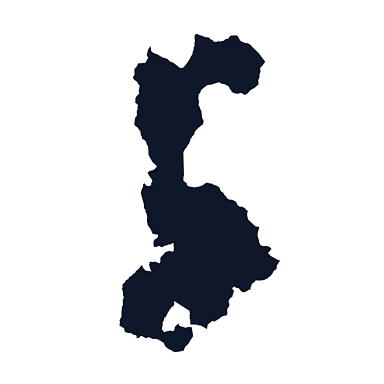 Bicaz-Chei, Neamt, Romania (Mercator projection), rotated 259°
{"feature_id": "2599482B72252558499545", "entity_name": "Bicaz-Chei", "entity_type": "district", "adm_level": 2, "iso_a3": "ROU", "parent_name": "Romania", "parent_adm1": "Neamt", "projection": "mercator", "projection_center": [25.891, 46.819], "detail": "fine", "context": "isolated", "style": "filled", "palette": "ink", "viewbox_px": 384, "rotation_deg": 259, "n_neighbors": 0, "source": "geoboundaries", "source_scale": "gbopen_adm2", "svg_char_len": 6017}
<svg xmlns="http://www.w3.org/2000/svg" viewBox="0 0 384 384"><g transform="rotate(259 192 192)"><path d="M306.1,287.8L315.7,283.0L322.9,277.9L323.8,277.6L325.7,276.0L326.9,274.3L327.2,272.7L329.4,269.2L330.9,267.6L336.0,265.9L336.9,263.9L336.8,262.7L337.4,260.2L336.3,258.5L334.8,257.2L334.9,254.4L333.7,252.0L333.5,248.9L334.3,246.2L333.7,244.8L334.7,241.7L336.9,240.3L338.1,238.3L339.1,238.2L340.0,237.1L340.5,235.0L341.6,232.6L342.7,231.7L343.2,230.2L345.5,226.7L345.4,225.8L344.1,224.9L340.0,224.5L336.5,223.3L335.1,223.5L333.4,222.0L331.2,221.5L328.5,219.9L326.4,219.2L324.7,217.3L323.1,216.3L318.6,211.9L315.5,208.1L314.9,206.9L315.1,204.2L315.6,203.3L321.8,197.9L323.8,194.7L326.8,192.7L329.2,188.1L333.2,183.7L334.3,181.5L336.3,179.2L338.6,177.7L339.9,178.4L341.4,178.3L340.2,177.4L338.9,177.5L338.7,177.3L339.6,176.7L335.0,174.5L331.9,175.5L327.3,171.5L326.8,170.7L326.8,169.9L327.2,169.1L327.3,166.5L327.8,164.3L325.2,162.3L323.7,160.1L322.9,159.5L317.4,158.7L315.8,156.7L315.1,156.7L313.7,157.3L310.7,160.1L308.3,160.5L307.3,161.5L306.5,161.8L301.0,159.7L298.4,160.0L296.0,156.2L294.0,154.8L292.4,154.8L291.0,154.1L288.2,156.3L286.3,156.0L285.4,155.3L284.6,155.8L281.4,153.9L277.0,153.2L275.2,151.0L269.5,149.0L268.1,149.6L266.0,151.7L263.0,152.8L262.4,153.7L257.6,153.4L255.9,154.1L254.0,154.0L252.4,156.1L250.4,157.3L247.6,157.4L245.0,158.4L236.5,157.2L229.1,159.7L227.9,160.9L226.3,161.6L224.8,163.4L222.4,162.5L222.1,161.4L221.7,161.0L221.0,160.4L220.2,161.0L219.7,160.2L220.0,159.2L220.6,158.9L220.3,157.9L219.5,157.1L219.9,156.8L220.2,155.8L219.0,155.5L219.9,154.2L219.1,153.0L217.0,153.5L211.2,156.1L209.7,155.7L208.1,154.3L204.8,153.8L205.6,152.7L204.0,152.1L205.2,151.3L205.6,149.0L206.9,147.5L208.6,146.8L208.5,146.2L206.1,145.6L203.1,143.4L200.5,142.3L188.9,143.2L185.3,142.5L184.4,143.8L182.4,143.3L178.9,144.1L176.1,144.0L172.0,143.0L168.1,143.0L163.6,145.0L158.9,146.1L158.9,147.0L157.8,148.7L157.7,149.5L158.5,151.3L157.5,150.9L155.3,151.3L152.5,149.2L152.3,147.7L151.5,146.3L149.4,145.2L146.3,144.8L145.9,145.3L145.5,147.1L146.5,147.4L146.5,148.2L145.8,150.5L145.2,150.7L144.3,152.1L145.2,154.8L145.4,156.1L145.2,156.9L145.6,158.2L145.9,161.5L145.6,161.4L146.3,162.9L146.5,165.2L143.0,164.4L140.8,164.5L139.6,163.9L137.9,163.9L136.8,162.8L136.2,161.4L137.7,158.4L137.5,155.3L136.6,153.6L135.6,152.7L133.3,149.2L129.1,148.3L127.6,147.2L126.8,147.1L130.1,142.1L129.7,140.2L130.7,138.6L130.6,137.6L129.4,137.8L129.0,136.8L123.8,137.2L122.1,138.0L120.8,137.3L123.2,130.7L126.7,128.8L128.6,128.4L125.1,124.2L124.6,124.2L124.5,123.9L125.0,123.3L124.7,122.7L123.0,121.1L122.5,121.3L122.3,119.2L120.6,117.1L119.8,114.5L118.1,113.6L118.0,112.7L117.1,111.1L117.3,110.8L115.5,109.3L114.1,106.8L110.6,106.2L110.0,105.4L108.6,106.0L103.6,105.4L101.5,105.9L98.6,104.1L94.4,103.5L91.5,101.7L89.4,101.5L88.5,100.8L82.4,99.7L81.4,98.5L79.3,97.1L77.7,97.3L75.1,96.2L73.1,98.1L72.9,98.9L70.8,100.7L70.3,100.6L70.1,100.1L69.8,100.5L68.2,100.0L67.2,101.2L66.1,103.8L66.4,105.3L64.2,107.0L62.8,109.9L63.1,110.9L59.7,110.7L59.8,112.1L61.2,113.9L61.2,115.3L58.0,119.1L58.5,120.4L58.4,122.4L55.8,126.0L55.7,128.7L55.0,129.4L54.7,130.8L53.4,131.9L53.7,132.3L50.8,134.8L51.1,135.7L46.1,137.0L44.2,138.3L42.1,140.6L41.3,142.2L40.1,142.9L38.8,144.9L38.5,150.5L39.1,152.2L38.5,152.9L41.8,155.2L44.3,159.0L47.9,162.1L50.1,164.5L52.0,165.0L58.9,165.1L59.5,161.8L59.1,160.5L59.3,159.4L62.0,154.3L63.4,153.0L64.3,153.0L62.4,150.1L59.6,149.0L57.9,146.9L57.9,146.3L59.3,144.8L59.3,140.2L58.6,137.0L60.7,136.7L62.2,135.5L64.0,135.6L67.3,137.2L69.9,137.5L70.5,137.7L71.2,138.9L74.9,140.5L74.9,141.6L75.8,142.6L78.5,144.5L83.7,149.6L84.2,151.4L84.8,152.1L86.2,152.6L88.1,152.5L88.9,153.4L89.2,153.9L89.0,154.2L76.1,167.7L75.2,167.5L74.1,167.9L74.0,167.5L73.0,167.7L71.3,166.8L70.2,167.0L68.7,166.3L67.0,166.7L62.9,165.9L61.6,171.6L60.2,174.2L59.9,175.6L55.9,180.2L59.4,181.5L62.4,187.2L62.5,188.0L61.7,188.6L61.4,189.4L63.2,194.4L64.7,196.9L65.2,200.4L65.0,201.8L65.7,202.7L70.9,203.4L71.1,204.0L72.1,204.5L73.0,206.0L73.6,206.2L75.0,206.5L77.1,206.1L78.5,206.6L81.1,208.6L82.2,211.1L85.2,212.4L86.5,213.4L87.8,213.1L89.2,211.9L90.8,213.0L91.5,214.2L91.8,215.9L92.3,216.4L90.5,217.1L88.9,220.3L85.6,222.0L84.6,223.4L84.5,224.8L85.0,226.7L86.1,229.3L85.9,230.2L87.2,230.4L88.5,231.5L90.9,232.5L92.5,236.0L94.0,237.4L92.9,241.6L92.6,245.8L93.7,249.8L94.5,250.7L95.0,252.2L96.9,254.6L99.7,256.7L100.7,259.6L104.3,260.7L107.7,264.1L108.5,262.6L113.8,256.4L118.2,253.7L118.8,254.7L119.2,256.3L120.2,256.5L121.0,258.2L122.0,257.7L123.6,255.8L124.3,253.3L124.5,251.0L126.0,248.9L126.9,248.3L130.0,247.5L131.3,247.8L136.1,247.2L139.7,248.0L144.4,250.4L145.9,246.2L147.2,246.4L148.0,244.8L148.5,245.0L155.0,240.4L155.5,241.1L157.7,240.8L161.1,241.4L162.5,242.3L163.4,241.3L165.8,240.1L167.6,237.4L166.9,235.7L168.5,235.1L169.5,233.7L173.5,232.7L175.9,229.8L177.0,226.2L177.8,225.3L180.2,223.9L180.9,223.9L182.3,222.7L185.0,221.8L186.6,219.8L190.5,219.1L192.4,217.6L193.9,215.2L193.9,214.0L195.1,213.6L196.2,212.0L195.9,210.7L197.2,209.6L197.5,208.5L197.3,206.8L195.7,204.0L195.6,202.1L195.2,201.5L195.3,196.3L195.1,195.9L196.9,190.7L197.9,188.9L199.4,187.6L200.6,187.2L201.0,187.8L204.4,185.1L206.5,184.5L206.4,185.3L208.1,185.6L210.3,186.6L233.2,190.4L236.0,192.8L237.7,195.0L239.4,196.2L240.8,197.9L245.1,200.3L245.8,201.3L247.2,202.3L248.5,204.3L251.5,206.0L254.7,210.4L255.3,212.0L255.8,212.3L256.7,214.9L259.5,216.2L262.7,215.3L270.4,215.9L270.5,215.3L273.7,215.0L276.7,214.0L278.1,215.0L280.9,215.4L282.6,215.0L284.8,216.0L286.6,216.2L288.6,218.5L290.9,219.8L294.9,227.2L294.5,231.1L295.5,240.0L294.4,240.8L293.2,242.5L292.2,245.1L288.8,249.0L288.1,249.4L287.0,249.2L284.4,250.6L283.0,250.8L281.4,253.1L280.4,255.8L280.8,259.0L279.8,260.7L278.0,262.3L278.2,263.0L279.1,265.6L279.6,265.8L280.2,266.8L281.9,267.2L281.4,267.9L281.5,268.9L282.4,270.7L282.8,272.6L285.4,277.2L289.2,277.5L292.6,279.7L294.2,279.6L297.3,281.5L300.5,281.7L301.7,282.4L303.1,284.6L306.1,287.8Z" fill="#0f172a" stroke="#020617" stroke-width="1.5"/></g></svg>